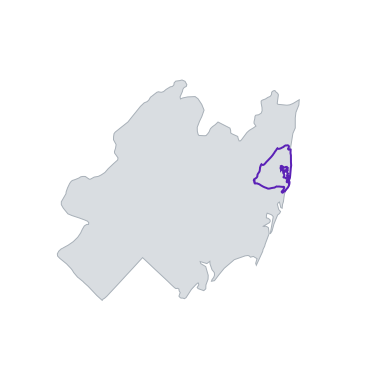 location of Ndougou, Ogooué-Maritime, Gabon, rotated 223°
{"feature_id": "22940354B74005862204828", "entity_name": "Ndougou", "entity_type": "district", "adm_level": 2, "iso_a3": "GAB", "parent_name": "Gabon", "parent_adm1": "Ogooué-Maritime", "projection": "equal_earth", "projection_center": [10.09, -2.451], "detail": "fine", "context": "in_parent", "style": "outline", "palette": "violet", "viewbox_px": 384, "rotation_deg": 223, "n_neighbors": 0, "source": "geoboundaries", "source_scale": "gbopen_adm2", "svg_char_len": 6940}
<svg xmlns="http://www.w3.org/2000/svg" viewBox="0 0 384 384"><g transform="rotate(223 192 192)"><path d="M249.1,57.8L248.9,60.9L246.3,68.7L245.0,74.6L244.7,81.0L245.5,86.1L246.7,89.7L247.6,93.7L246.9,96.5L245.6,97.7L246.5,99.1L248.5,99.4L251.8,98.2L256.8,96.1L263.5,93.0L267.8,91.4L275.1,92.4L278.9,93.6L280.9,95.7L283.0,104.8L284.1,106.2L285.8,110.1L287.3,114.8L287.6,117.1L287.4,118.8L286.0,121.3L284.3,125.0L283.7,127.3L282.4,129.0L280.6,130.6L275.8,131.3L275.0,132.2L273.7,136.2L271.2,139.5L270.0,142.7L269.0,146.9L269.2,152.1L268.7,159.6L268.2,164.7L269.4,166.5L275.2,167.7L276.3,168.7L277.8,171.9L279.8,174.9L285.1,176.7L287.1,179.0L288.8,181.5L289.0,183.5L287.8,191.7L286.6,199.5L287.1,205.5L287.5,211.1L288.1,219.4L287.8,224.5L286.4,227.6L286.3,230.0L287.0,232.9L285.7,241.0L284.9,242.4L282.5,243.9L281.3,246.0L280.9,249.4L279.6,254.1L278.3,255.8L278.3,258.0L279.5,259.6L279.5,262.0L277.1,264.9L275.7,267.1L272.6,268.2L269.0,267.0L268.2,265.4L269.0,262.9L268.7,260.9L267.5,258.8L265.6,253.4L263.9,252.2L262.9,254.5L260.0,258.6L254.8,263.9L251.2,264.3L244.6,262.7L239.0,260.1L236.3,253.9L234.7,248.8L232.3,242.9L229.6,240.1L226.8,238.3L225.5,238.1L221.4,241.5L220.2,242.8L220.2,245.5L220.6,248.1L221.2,249.4L221.7,251.0L221.6,253.6L220.9,257.1L220.7,260.9L207.8,264.6L205.6,263.3L204.0,261.6L202.1,261.9L196.5,263.8L194.5,262.5L192.4,261.5L191.5,262.3L191.4,263.9L192.4,272.9L192.1,276.3L190.8,280.8L190.2,283.8L193.6,284.6L194.8,286.1L196.0,288.3L197.6,290.4L197.7,291.7L195.9,294.0L195.2,296.9L196.1,299.2L198.4,301.5L201.8,304.0L203.4,305.6L203.3,307.0L201.7,310.2L201.1,312.8L200.0,315.2L200.3,317.4L201.8,319.4L201.6,321.3L200.6,322.7L198.5,322.4L196.7,322.6L195.1,322.0L190.1,314.9L189.0,314.7L181.8,320.2L180.0,322.4L178.5,325.6L176.5,332.6L173.2,328.5L170.3,321.1L167.0,316.6L160.1,309.2L158.2,303.7L150.2,291.8L138.8,279.8L130.5,269.4L129.2,267.1L130.6,267.4L138.6,272.6L139.7,272.0L140.6,270.8L137.2,268.1L133.9,266.0L130.8,264.7L127.7,264.8L126.0,262.6L124.8,259.2L124.3,256.4L122.9,253.4L118.5,247.2L117.4,244.8L115.0,241.6L116.5,241.2L121.2,244.3L121.6,243.0L121.2,241.2L116.5,238.3L113.9,238.1L113.3,236.0L113.7,233.6L110.3,224.6L106.8,217.9L106.2,214.7L115.7,229.3L117.0,229.6L118.6,229.5L122.6,227.8L121.8,225.9L120.0,223.8L118.3,224.7L116.1,224.9L114.9,224.1L114.4,222.5L116.6,215.5L115.7,215.8L115.0,217.1L113.7,217.7L111.8,218.0L107.2,214.2L103.0,204.0L101.9,201.9L100.8,198.3L99.8,196.8L95.0,182.3L96.8,183.3L99.0,187.6L103.2,186.7L104.8,184.2L106.3,184.3L107.7,183.8L109.6,181.5L114.9,171.4L116.4,158.2L115.9,150.3L115.1,142.5L116.9,140.0L117.6,141.6L117.9,144.4L118.8,146.5L120.7,148.3L124.3,148.8L129.8,151.7L131.7,153.5L132.3,149.8L138.6,146.7L136.7,145.6L131.1,146.8L123.3,142.1L120.8,139.2L118.4,133.5L115.9,130.6L116.1,127.9L121.6,125.5L123.1,125.7L123.7,128.7L125.2,129.8L125.7,129.4L126.0,127.0L126.0,120.3L124.3,110.7L124.8,108.8L126.3,108.2L127.7,106.9L128.6,106.7L130.5,106.9L131.5,109.1L132.0,110.4L133.9,110.9L135.4,112.1L136.8,111.8L137.9,110.4L139.5,110.1L144.6,110.1L149.1,110.2L158.3,110.2L167.4,110.2L176.5,110.3L183.4,110.3L183.4,104.8L183.3,96.4L183.3,86.4L183.2,76.8L183.2,68.0L183.2,57.5L183.5,54.5L184.0,53.3L183.8,51.5L190.9,51.4L203.7,52.2L209.2,52.1L210.8,52.2L217.8,51.7L223.5,52.4L225.9,53.1L228.0,53.5L234.8,53.9L243.6,53.3L246.6,53.5L248.3,54.9L249.1,57.8Z" fill="#d9dde1" stroke="#a8b0b8" stroke-width="1"/><path d="M159.3,282.2L159.3,281.6L159.2,280.8L159.0,280.1L158.9,279.4L158.9,278.4L158.7,277.5L158.5,276.6L158.4,275.5L158.2,274.6L158.1,273.2L158.0,272.0L158.0,270.2L158.1,264.3L158.0,263.4L158.0,262.9L158.0,261.9L158.1,261.2L158.2,260.7L158.6,260.1L159.0,259.9L159.7,259.6L160.1,259.6L160.0,259.0L159.9,258.5L159.7,258.0L159.4,257.6L159.2,257.1L159.1,256.5L158.6,255.9L157.4,254.3L157.0,253.7L156.7,253.1L156.5,252.5L156.4,251.6L156.3,251.1L156.2,250.3L156.0,249.7L155.8,249.1L155.6,248.8L155.2,248.5L154.9,248.0L154.7,247.5L154.6,246.8L154.6,246.3L154.7,245.6L154.9,244.9L155.0,244.4L155.2,243.7L155.1,243.3L154.8,242.8L154.5,242.9L154.2,243.0L153.7,242.7L153.5,241.8L153.2,241.8L152.6,241.8L152.3,241.5L152.0,241.1L151.7,241.2L151.3,241.6L150.9,242.0L150.4,242.6L149.9,242.9L149.3,243.0L148.8,243.3L147.9,243.6L146.0,243.9L143.5,244.5L142.6,244.8L141.5,245.2L140.7,245.6L139.2,246.1L138.6,246.4L138.1,246.9L137.5,247.6L136.6,249.0L135.4,250.6L134.9,251.2L134.6,251.6L134.4,252.3L134.2,252.9L134.0,253.6L133.8,253.9L133.0,254.4L132.1,255.4L131.5,255.8L131.1,256.1L130.7,256.4L130.3,256.7L129.8,257.1L129.3,257.4L129.2,257.6L128.9,258.0L128.4,258.3L128.0,258.4L127.7,258.2L127.5,257.9L127.3,257.6L127.1,257.0L126.8,256.4L126.7,255.6L126.7,254.8L126.7,254.1L126.6,253.4L126.4,253.2L125.8,253.1L125.4,253.2L125.2,253.5L125.0,254.3L125.0,254.8L125.0,255.5L124.8,255.9L124.6,256.0L124.7,256.9L124.9,258.7L124.9,260.6L125.1,261.4L125.3,262.2L125.6,263.0L125.9,263.6L126.3,264.3L126.5,264.6L126.9,265.1L127.2,265.5L127.6,265.9L127.9,266.0L127.7,265.6L127.4,265.2L127.1,264.6L127.0,264.3L127.6,264.7L128.0,265.4L128.3,265.9L128.6,266.4L129.1,266.8L129.3,266.4L129.4,265.8L129.2,265.3L128.9,264.5L129.1,264.0L129.4,263.9L129.7,264.0L129.9,264.5L129.9,264.9L130.3,265.1L130.7,265.6L130.5,265.9L130.0,266.2L129.8,266.7L129.8,267.2L130.1,267.6L130.5,268.0L130.9,268.1L131.8,267.5L132.2,267.0L132.8,266.2L133.3,265.9L133.8,266.0L134.3,265.9L134.5,265.6L134.8,265.2L135.1,265.2L135.4,265.7L135.5,266.4L135.8,267.1L136.3,267.7L136.9,267.9L137.4,267.9L138.0,268.1L138.4,268.3L138.8,268.7L138.8,269.1L138.5,269.2L137.9,269.4L137.8,269.7L137.8,270.4L137.9,271.1L138.1,271.5L138.4,271.7L138.7,271.4L139.1,270.7L139.3,270.2L139.6,269.6L139.9,269.4L140.4,269.5L140.8,270.0L141.1,270.6L141.6,271.3L142.0,271.6L142.3,271.2L142.2,270.6L142.0,269.8L141.9,268.8L142.2,269.1L143.0,269.5L143.5,269.8L143.8,270.2L143.9,270.8L144.2,271.0L144.7,271.5L144.4,272.1L144.1,272.3L143.7,272.4L142.9,272.5L142.2,272.6L141.7,272.7L141.2,272.9L140.9,273.3L140.7,273.7L140.5,274.3L140.1,274.7L139.8,275.0L139.6,274.9L139.4,274.3L139.0,274.5L138.5,274.9L138.3,274.9L138.3,274.3L138.2,273.7L138.1,273.1L137.7,273.0L137.1,273.4L136.8,273.2L136.7,272.8L136.6,272.3L136.4,271.8L136.1,271.4L135.6,271.2L135.1,270.9L134.8,271.0L134.3,271.0L134.1,270.5L134.1,269.7L133.9,269.3L133.4,269.4L133.4,269.2L133.5,268.6L133.6,267.7L133.2,268.4L132.9,268.9L132.5,269.3L131.7,269.6L130.9,269.5L130.5,268.8L129.9,268.0L129.5,267.8L129.7,268.4L130.1,269.2L131.2,270.7L133.4,273.5L135.9,276.7L137.6,279.1L140.0,281.3L141.1,282.5L143.2,284.7L144.7,286.3L146.5,287.6L148.8,290.3L149.2,290.1L149.5,290.0L149.7,289.6L150.0,289.1L150.3,288.9L150.7,288.9L151.1,289.0L151.3,289.2L151.4,289.9L151.7,290.7L151.9,291.1L152.4,291.5L152.6,291.6L153.3,291.6L153.7,291.5L154.1,291.2L154.4,290.8L154.6,290.5L154.8,290.3L155.2,290.0L155.4,289.7L155.6,289.1L155.8,288.4L155.8,287.4L156.1,286.7L156.5,285.7L156.8,284.7L157.1,284.0L157.5,283.4L157.9,282.8L158.3,282.5L158.7,282.2L159.3,282.2Z" fill="none" stroke="#5b21b6" stroke-width="2"/></g></svg>